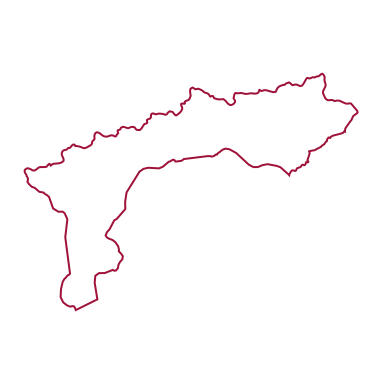 SVG path tracing the border of West Azarbaijan, rotated 89°
{"feature_id": "IRN-3237", "entity_name": "West Azarbaijan", "entity_type": "Province", "adm_level": 1, "iso_a3": "IRN", "parent_name": "Iran", "parent_adm1": "", "projection": "orthographic", "projection_center": [44.982, 37.874], "detail": "fine", "context": "isolated", "style": "outline", "palette": "rose", "viewbox_px": 384, "rotation_deg": 89, "n_neighbors": 0, "source": "natural_earth", "source_scale": "10m", "svg_char_len": 5458}
<svg xmlns="http://www.w3.org/2000/svg" viewBox="0 0 384 384"><g transform="rotate(89 192 192)"><path d="M115.3,25.0L116.3,25.8L118.2,28.6L119.1,29.6L123.1,31.5L124.4,32.7L129.9,36.7L130.1,36.9L131.1,37.5L131.3,37.6L132.8,37.9L134.3,38.0L134.1,38.4L133.9,38.6L135.3,39.7L136.1,41.6L138.1,50.0L139.0,51.8L140.4,53.0L139.8,54.1L140.1,54.7L141.8,56.0L142.2,56.1L142.9,56.1L143.4,56.2L143.7,56.5L143.8,56.9L144.1,57.3L146.5,58.9L146.9,59.4L147.1,60.0L147.7,60.9L148.4,61.8L149.0,62.1L149.5,63.0L150.8,65.7L151.2,66.7L151.8,67.5L152.3,68.5L153.0,72.8L153.4,74.2L155.2,73.6L162.3,76.0L162.5,75.8L163.0,75.5L163.6,75.2L164.2,75.3L164.4,75.8L164.3,76.7L164.2,77.4L164.9,77.7L165.9,77.9L166.8,78.5L167.2,79.4L166.6,80.7L167.0,81.6L167.6,82.1L168.3,82.5L168.9,83.1L169.2,83.8L169.8,85.7L170.1,86.5L170.7,86.9L172.4,87.7L172.7,88.3L172.6,89.2L172.3,89.9L172.1,90.6L172.2,91.6L173.0,92.5L174.5,93.5L176.0,94.3L176.9,94.5L176.4,94.9L168.9,103.0L167.4,106.7L165.5,116.0L166.4,121.1L168.2,125.7L168.2,130.1L165.6,134.8L153.8,147.1L150.0,153.7L149.2,157.5L150.1,160.4L154.5,166.4L155.0,166.4L155.0,167.6L155.4,168.2L156.0,168.7L156.4,169.4L156.8,171.0L157.0,171.9L156.7,172.4L156.5,172.8L156.4,175.8L158.9,199.5L160.3,201.4L160.6,202.1L160.7,202.4L161.3,207.7L161.0,208.2L160.4,208.6L159.7,209.1L159.4,210.1L159.9,211.5L160.9,213.2L161.4,214.8L166.1,220.5L167.8,224.5L167.0,235.4L168.0,240.1L170.7,244.1L191.2,257.4L200.4,259.0L207.9,259.0L217.7,267.8L218.9,270.2L227.7,275.0L230.8,277.8L234.1,279.1L236.1,277.7L237.2,275.8L237.5,275.0L238.5,272.5L240.7,269.6L244.9,266.8L248.4,266.0L250.1,266.2L252.0,264.3L254.9,262.3L258.1,262.8L260.4,265.0L263.2,266.7L266.8,267.4L269.1,269.3L269.4,271.1L268.5,272.5L271.5,280.6L271.5,286.4L274.1,290.1L281.0,290.9L297.7,288.5L308.0,310.2L306.3,310.8L304.2,312.1L304.0,313.9L304.5,315.3L304.2,316.7L303.0,319.2L300.1,322.7L294.8,325.2L286.8,324.7L279.4,322.8L276.6,321.0L275.4,319.6L273.9,318.5L272.9,317.2L272.4,316.1L271.5,315.4L235.0,319.5L217.1,317.1L211.0,319.7L209.4,321.7L209.4,325.9L206.0,331.2L194.5,335.0L192.4,337.3L191.6,338.8L190.0,340.4L189.1,344.7L185.1,349.2L184.0,352.1L181.2,354.9L178.8,356.4L177.2,355.8L175.3,355.9L173.0,357.1L171.7,357.4L170.3,358.4L168.7,359.0L167.1,358.8L165.9,357.5L165.9,357.4L165.4,356.0L165.8,354.2L166.7,352.4L167.6,351.0L167.8,349.2L166.9,347.5L164.7,344.6L164.4,342.7L164.5,338.7L164.2,337.0L163.1,336.0L161.8,334.9L161.4,333.9L163.1,332.8L161.8,331.1L161.3,329.5L161.1,325.7L160.8,323.7L160.0,321.5L158.7,319.9L156.9,319.8L153.0,321.4L150.9,321.6L149.0,320.7L148.2,319.7L147.9,318.9L147.8,318.1L147.5,316.9L146.9,316.1L146.3,315.5L145.8,314.8L145.8,313.5L144.9,312.5L143.7,311.6L143.5,311.3L142.5,310.0L142.6,308.6L142.9,308.4L143.8,308.1L144.0,307.9L144.1,306.0L144.8,303.0L146.2,299.8L146.3,298.2L145.5,296.3L143.8,293.1L142.8,291.7L141.6,291.1L140.7,291.1L139.9,290.8L139.1,290.3L138.5,289.5L137.6,288.7L136.6,288.5L134.4,288.7L132.6,288.2L131.2,287.3L130.6,285.8L131.4,283.6L133.9,280.5L134.8,278.9L135.2,276.8L134.9,274.9L134.3,273.4L133.9,271.9L134.2,269.5L135.0,268.5L135.1,267.6L134.7,266.8L133.1,266.0L132.3,265.1L131.9,264.8L131.2,264.9L129.8,265.3L129.1,265.2L128.8,264.7L128.5,263.4L128.2,262.8L127.7,262.4L127.2,262.3L126.7,262.0L126.2,261.4L125.7,259.9L125.7,259.0L126.6,256.5L127.1,254.8L126.6,253.3L126.0,251.8L125.8,250.0L126.3,248.4L127.1,247.7L128.1,247.1L128.9,246.1L129.2,243.2L127.6,241.4L123.6,238.8L123.0,237.6L122.6,236.3L121.9,235.5L119.4,235.9L118.7,235.2L117.8,232.6L116.7,231.8L114.1,231.6L113.1,231.0L112.7,229.6L113.7,227.0L113.4,225.5L113.0,223.7L113.2,221.5L113.6,219.3L114.3,217.5L114.0,216.0L112.4,214.8L111.0,213.2L111.4,210.6L111.9,209.8L114.4,207.9L115.1,206.7L114.9,205.9L112.4,202.7L110.6,201.2L108.7,200.3L106.8,200.5L105.9,201.0L104.8,201.4L103.8,201.3L103.3,200.3L103.4,199.8L103.7,198.4L103.6,197.9L103.1,197.5L102.6,197.6L102.2,197.8L101.6,197.6L100.9,196.6L100.5,195.5L100.2,194.5L99.8,193.7L99.1,193.1L96.6,191.9L95.7,191.7L91.2,192.2L88.8,191.7L87.6,189.8L87.8,189.1L87.9,188.8L88.7,187.9L89.3,187.0L89.2,185.9L88.9,184.6L89.0,183.5L89.5,182.4L90.0,181.3L90.7,180.0L92.4,178.2L93.0,176.8L93.6,175.0L94.3,173.9L95.2,173.1L96.5,172.5L96.9,171.9L96.3,170.3L96.4,169.5L97.0,169.0L98.3,168.5L98.8,167.8L99.2,166.5L99.7,164.8L99.9,163.1L99.7,158.9L101.6,156.7L104.1,154.7L105.7,152.5L105.7,151.1L105.1,149.7L104.3,148.5L103.3,147.7L102.3,147.3L101.4,147.4L99.1,148.8L95.7,148.1L94.6,147.6L94.0,147.2L93.8,146.4L94.1,145.0L94.1,144.1L93.9,141.9L93.9,140.9L94.8,137.3L94.9,135.8L94.3,131.3L94.7,127.9L94.7,126.0L94.2,124.6L93.7,124.0L93.2,123.6L91.9,123.2L91.1,122.8L91.3,122.3L91.9,121.6L92.2,121.0L91.9,119.4L91.5,118.4L91.4,117.3L91.7,115.5L93.6,109.1L93.3,106.6L89.7,104.8L88.6,103.7L87.7,102.4L87.0,100.4L86.7,99.7L86.5,99.0L86.6,98.3L86.5,97.5L86.0,97.0L85.4,96.5L85.0,95.8L84.7,94.5L84.5,93.9L84.1,93.3L84.1,93.2L85.1,91.6L86.2,90.7L86.9,89.7L86.3,86.2L86.7,84.8L88.0,82.1L87.5,80.0L84.9,78.1L81.9,76.4L80.1,75.1L80.0,74.3L80.5,72.7L80.5,71.9L79.7,70.2L79.4,69.4L79.4,68.7L79.6,68.1L79.6,67.4L78.8,65.7L78.5,63.8L78.2,63.0L78.2,62.9L76.4,60.8L76.0,59.7L76.8,58.7L78.2,57.8L79.2,57.4L80.2,57.4L81.7,57.6L83.3,57.5L87.0,56.5L88.6,56.7L93.3,59.1L95.0,59.3L96.5,58.9L100.1,57.3L101.4,56.4L102.6,54.6L102.6,53.0L102.4,51.4L102.7,49.4L103.4,48.4L103.5,47.3L103.2,46.2L103.1,45.0L103.2,43.5L103.6,42.3L105.8,37.8L106.2,36.7L106.3,36.3L106.4,35.3L106.1,32.4L106.4,31.4L113.6,25.5L115.3,25.0Z" fill="none" stroke="#9f1239" stroke-width="2"/></g></svg>